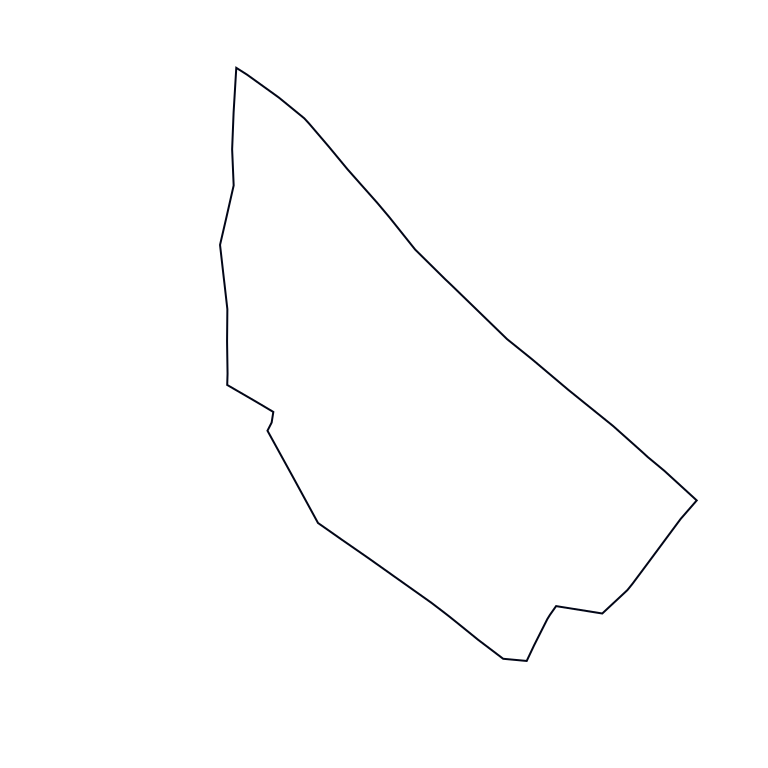 Alagoinha do Piauí, Piauí, Brazil (Mercator projection), rotated 131°
{"feature_id": "56859067B21124147099075", "entity_name": "Alagoinha do Piauí", "entity_type": "district", "adm_level": 2, "iso_a3": "BRA", "parent_name": "Brazil", "parent_adm1": "Piauí", "projection": "mercator", "projection_center": [-40.918, -6.952], "detail": "fine", "context": "isolated", "style": "outline", "palette": "ink", "viewbox_px": 768, "rotation_deg": 131, "n_neighbors": 0, "source": "geoboundaries", "source_scale": "gbopen_adm2", "svg_char_len": 878}
<svg xmlns="http://www.w3.org/2000/svg" viewBox="0 0 768 768"><g transform="rotate(131 384 384)"><path d="M495.7,441.3L513.9,391.8L532.2,342.6L529.2,313.9L525.5,280.2L522.5,249.7L518.0,204.4L516.9,186.9L516.6,181.5L515.8,159.8L515.3,145.2L513.2,113.8L499.4,94.6L482.7,99.3L454.3,106.5L449.4,107.3L438.7,108.4L436.0,104.0L414.0,68.7L379.8,65.1L371.8,65.4L346.5,67.3L291.2,71.6L266.7,71.6L265.6,115.5L266.1,137.1L265.9,144.1L265.4,183.4L267.5,241.0L268.2,288.4L269.4,320.6L265.9,384.3L265.1,399.1L264.8,406.4L262.1,448.7L254.6,489.5L251.7,508.0L248.4,533.4L245.9,552.4L241.1,581.3L236.6,611.4L235.8,618.5L236.8,651.2L240.4,690.4L242.3,702.9L277.8,675.6L306.5,652.6L332.8,627.7L363.6,611.2L386.6,599.0L408.7,574.9L412.6,570.6L430.3,551.3L454.8,530.4L478.9,508.8L487.6,501.7L481.1,467.9L477.7,449.2L486.8,443.5L495.7,441.3Z" fill="none" stroke="#020617" stroke-width="2"/></g></svg>